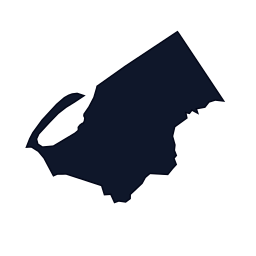 the district of Gulf, Florida, United States of America, rotated 56°
{"feature_id": "52423323B60614723714205", "entity_name": "Gulf", "entity_type": "district", "adm_level": 2, "iso_a3": "USA", "parent_name": "United States of America", "parent_adm1": "Florida", "projection": "mercator", "projection_center": [-85.238, 29.931], "detail": "fine", "context": "isolated", "style": "filled", "palette": "ink", "viewbox_px": 256, "rotation_deg": 56, "n_neighbors": 0, "source": "geoboundaries", "source_scale": "gbopen_adm2", "svg_char_len": 1030}
<svg xmlns="http://www.w3.org/2000/svg" viewBox="0 0 256 256"><g transform="rotate(56 128 128)"><path d="M186.5,113.8L185.2,108.4L178.8,106.9L177.8,103.3L172.4,102.1L168.3,98.6L159.7,95.7L153.1,88.6L152.6,73.6L147.4,71.5L150.2,68.9L148.9,65.0L154.7,61.9L150.2,60.6L153.7,52.6L151.7,46.4L153.6,40.0L159.1,33.6L77.9,33.1L75.8,33.2L75.3,95.8L76.1,130.3L77.3,131.5L83.7,139.2L88.8,148.7L91.9,156.6L93.3,157.8L95.5,158.1L97.8,160.2L99.2,162.6L98.6,163.2L98.7,166.1L99.6,168.8L101.6,170.0L102.3,171.0L102.7,174.9L101.3,200.0L96.0,209.6L90.9,211.8L85.9,210.0L83.0,205.3L79.4,190.1L76.8,177.8L76.1,167.7L76.5,158.0L76.6,146.4L70.9,150.8L68.6,155.3L67.7,158.9L67.3,163.8L68.5,173.9L73.4,194.7L78.7,209.4L82.0,215.5L87.1,222.9L88.6,220.3L89.8,218.6L97.2,215.3L105.9,214.4L115.3,215.4L125.9,216.5L126.6,212.5L131.6,204.9L161.0,182.0L170.1,184.8L173.3,179.3L182.2,180.8L183.3,176.5L188.0,171.3L187.7,165.7L184.3,163.3L181.7,147.3L178.6,141.3L177.9,135.2L188.7,121.0L186.5,113.8Z" fill="#0f172a" stroke="#020617" stroke-width="1.5"/></g></svg>